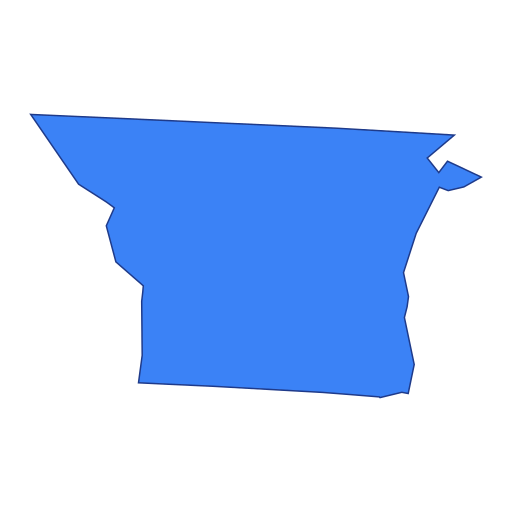 outline of Gaston, North Carolina, United States of America
{"feature_id": "52423323B27279553412365", "entity_name": "Gaston", "entity_type": "district", "adm_level": 2, "iso_a3": "USA", "parent_name": "United States of America", "parent_adm1": "North Carolina", "projection": "natural_earth1", "projection_center": [-81.166, 35.285], "detail": "fine", "context": "isolated", "style": "filled", "palette": "blue", "viewbox_px": 512, "rotation_deg": 0, "n_neighbors": 0, "source": "geoboundaries", "source_scale": "gbopen_adm2", "svg_char_len": 680}
<svg xmlns="http://www.w3.org/2000/svg" viewBox="0 0 512 512"><path d="M454.3,135.1L336.5,128.2L203.2,122.2L188.5,121.5L34.3,114.6L31.9,114.5L30.7,114.4L78.6,184.2L106.4,202.0L114.3,207.8L106.3,225.8L115.9,261.9L143.3,285.8L142.8,291.7L141.7,301.3L142.0,333.5L142.0,335.7L142.2,355.3L138.5,382.8L170.1,384.3L188.1,385.1L191.7,385.3L211.6,386.2L213.6,386.3L299.2,391.1L322.4,392.4L323.7,392.5L350.9,394.6L379.3,396.9L380.0,397.6L401.8,392.3L408.2,393.5L414.2,364.5L404.4,317.5L407.1,306.8L408.5,296.6L403.5,272.6L416.2,233.3L439.3,187.2L448.2,190.6L463.9,186.9L481.3,177.1L447.5,161.2L438.8,172.6L427.2,158.0L454.3,135.1Z" fill="#3b82f6" stroke="#1e3a8a" stroke-width="1.5"/></svg>